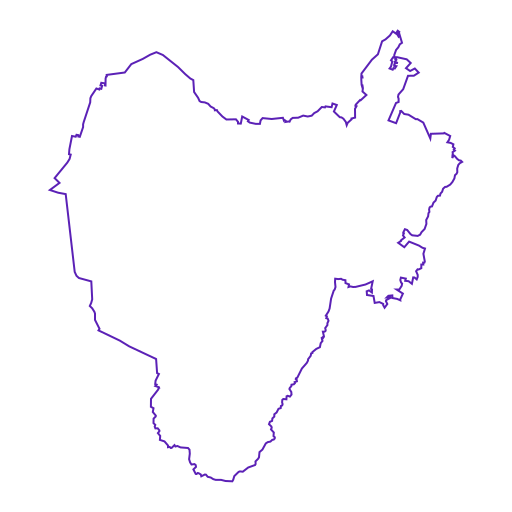 Tuchin, Córdoba, Colombia (Albers equal-area conic projection)
{"feature_id": "7082276B64022238164064", "entity_name": "Tuchin", "entity_type": "district", "adm_level": 2, "iso_a3": "COL", "parent_name": "Colombia", "parent_adm1": "Córdoba", "projection": "albers", "projection_center": [-75.529, 9.219], "detail": "fine", "context": "isolated", "style": "outline", "palette": "violet", "viewbox_px": 512, "rotation_deg": 0, "n_neighbors": 0, "source": "geoboundaries", "source_scale": "gbopen_adm2", "svg_char_len": 5994}
<svg xmlns="http://www.w3.org/2000/svg" viewBox="0 0 512 512"><path d="M180.5,447.4L188.0,448.0L189.5,449.7L189.8,453.7L189.1,459.2L190.1,462.4L191.5,464.5L194.5,464.1L195.7,465.1L196.0,466.9L193.4,469.4L195.7,473.9L196.6,474.0L197.7,473.0L198.6,473.2L200.8,474.5L201.3,476.3L204.9,474.5L206.0,474.7L207.7,476.8L210.7,477.5L213.2,479.1L215.8,479.9L221.2,479.9L225.5,481.0L232.3,481.3L233.2,479.8L234.3,476.1L238.6,471.9L239.9,471.4L242.8,471.7L248.2,467.5L255.1,465.0L255.6,464.0L255.5,461.4L258.1,458.8L259.0,457.3L259.5,452.1L262.4,449.6L265.8,443.4L267.8,442.1L270.4,441.6L272.3,439.8L273.7,439.6L274.7,438.5L274.8,437.3L273.5,436.1L273.8,432.5L271.0,429.4L271.7,427.8L271.4,426.5L269.0,424.2L269.9,421.8L272.1,420.9L272.4,418.4L274.3,416.6L274.3,414.3L276.6,412.5L278.5,408.8L280.7,408.1L280.9,406.0L282.2,405.4L282.6,404.1L282.1,402.4L282.3,399.9L283.3,399.0L286.4,399.3L286.6,396.3L287.7,395.8L289.9,396.6L291.5,394.6L291.3,392.0L289.4,389.0L289.8,387.9L291.3,386.2L291.5,384.7L293.8,384.3L294.9,383.2L294.6,382.1L296.9,381.3L296.6,379.4L295.8,379.1L295.9,378.4L297.4,377.5L301.9,368.5L306.8,362.9L308.0,360.6L308.1,359.2L310.7,355.8L311.1,353.5L312.4,353.0L312.4,352.1L316.3,348.9L319.9,347.2L320.7,343.2L322.5,340.9L322.0,339.5L322.9,338.2L321.9,338.4L321.7,338.0L323.9,336.2L322.9,331.7L324.5,331.7L325.4,331.1L325.7,330.1L325.2,328.1L327.4,325.1L327.4,323.2L328.5,320.8L327.7,318.6L326.3,318.2L326.9,316.4L325.8,315.7L328.5,311.5L329.6,308.5L331.1,298.6L333.7,290.7L334.7,289.5L335.5,287.0L335.0,282.1L335.2,278.7L338.3,279.1L341.1,278.8L342.5,279.7L345.4,280.2L345.5,283.1L349.0,284.4L348.5,287.0L350.4,286.4L353.1,287.0L355.6,286.9L365.5,284.5L372.7,281.3L371.1,288.9L372.0,289.4L371.9,292.5L369.0,290.4L366.7,291.3L367.0,295.0L373.5,296.0L374.7,302.9L379.4,302.1L383.2,303.9L383.2,305.2L384.6,307.7L387.3,304.0L385.9,301.1L386.2,300.1L390.5,297.8L390.0,296.8L388.2,297.8L387.9,297.3L386.8,297.4L388.4,295.8L392.3,295.4L392.4,298.0L397.1,298.9L400.3,300.3L400.2,299.5L402.9,293.6L396.6,289.5L399.3,289.5L401.7,285.8L402.1,283.5L401.1,282.6L400.3,280.0L400.9,277.6L405.8,278.6L405.2,280.8L408.6,281.2L411.9,283.8L413.2,277.4L414.5,277.5L416.7,279.4L417.7,276.9L417.7,274.9L416.1,271.2L417.6,269.3L418.6,269.5L421.3,268.2L421.3,264.5L423.3,264.5L423.1,262.6L424.4,262.6L424.8,261.5L423.4,253.8L425.0,248.5L422.5,247.8L419.0,245.6L409.1,241.6L404.3,247.2L398.2,242.8L401.0,241.0L400.9,240.4L404.6,237.5L403.0,235.4L403.9,233.3L403.2,232.9L403.4,232.2L404.9,229.2L407.2,230.0L410.5,234.1L412.2,235.3L417.7,235.9L420.1,234.7L421.5,232.2L424.6,229.0L426.4,223.9L426.2,220.0L428.1,216.4L428.5,213.1L429.4,211.9L429.1,209.5L429.6,207.5L430.4,206.7L432.0,206.4L433.5,202.6L435.6,200.6L436.8,197.0L437.9,195.8L440.0,195.6L440.5,193.5L442.1,191.8L443.1,188.7L445.1,186.9L446.6,186.8L450.2,184.6L452.4,182.0L454.4,178.4L455.0,175.2L456.6,173.7L457.3,172.2L457.2,168.5L458.3,164.9L459.8,163.2L462.1,161.9L460.8,160.6L459.0,160.3L457.2,158.9L454.8,156.1L453.7,155.4L452.3,158.0L452.5,155.0L452.9,154.8L452.6,152.1L454.9,150.6L453.8,149.6L454.7,148.4L452.8,146.9L453.4,144.3L450.6,142.9L447.4,142.3L449.1,139.7L450.2,136.0L444.3,132.9L443.8,133.4L430.9,133.8L430.3,138.5L423.3,122.6L417.4,119.1L415.8,119.2L408.5,114.7L404.2,114.0L401.2,110.9L400.2,111.1L400.3,112.3L396.1,123.2L388.5,120.4L396.0,103.0L398.6,102.0L398.6,98.7L398.0,96.9L398.5,94.5L403.2,89.2L408.0,75.8L413.9,75.7L418.7,72.6L414.8,68.5L410.1,71.0L406.0,68.2L410.7,63.0L406.7,59.3L397.1,57.2L395.2,57.2L396.2,58.0L395.4,59.3L396.3,59.9L394.9,61.7L397.8,63.0L394.9,63.0L394.1,65.0L394.9,65.4L394.6,66.0L396.3,66.2L394.8,68.5L393.5,68.1L392.7,69.7L389.6,68.5L391.0,66.6L392.3,61.5L391.0,60.3L393.1,57.3L394.2,57.6L394.3,54.9L396.1,49.9L398.3,47.3L399.8,44.3L402.0,42.8L399.5,34.4L399.1,35.0L399.4,36.2L398.7,36.8L397.2,34.3L399.2,31.9L398.0,30.9L397.7,30.7L396.7,32.3L397.2,32.6L396.3,33.8L392.7,31.3L389.9,35.5L385.5,39.4L382.1,41.3L377.9,54.3L371.9,59.7L361.5,73.5L361.3,76.4L362.3,76.3L362.5,77.5L361.3,77.6L361.3,79.7L361.6,84.8L361.9,85.8L362.3,84.5L362.9,88.2L362.5,91.5L366.4,95.0L360.6,100.3L360.1,100.0L355.7,104.7L355.4,105.8L356.5,106.2L355.0,108.8L355.1,117.6L351.5,118.5L351.6,119.3L347.7,122.8L346.7,125.2L345.8,121.9L343.4,118.7L341.5,117.4L339.8,117.2L333.9,111.5L336.8,105.0L332.5,103.5L331.6,107.2L325.5,106.4L325.0,107.4L321.8,107.0L317.6,111.3L314.2,113.1L311.7,115.7L307.7,116.5L303.2,115.6L298.2,117.7L292.7,117.9L290.7,119.4L289.2,122.4L289.2,121.4L285.9,121.9L286.3,121.3L284.8,120.2L284.0,120.8L282.9,117.8L271.7,119.0L262.6,118.1L260.6,120.4L259.9,123.9L255.9,123.9L249.8,122.6L247.9,121.3L248.7,120.0L242.2,116.5L240.8,123.6L238.0,123.5L238.0,121.8L235.9,119.3L226.4,119.5L222.4,116.5L217.5,111.4L216.9,110.1L214.9,110.3L214.9,109.6L213.8,108.2L210.6,106.5L208.2,103.8L204.8,102.4L201.2,102.0L199.6,101.1L198.1,97.8L194.1,92.0L193.3,80.1L190.3,78.5L185.2,74.1L178.0,67.0L162.9,55.0L156.4,52.2L150.2,54.7L142.8,58.9L131.3,64.1L124.8,72.5L106.7,74.9L106.8,76.4L106.1,76.6L105.6,78.5L105.5,85.5L104.9,85.4L105.2,83.4L101.3,82.8L100.5,85.4L102.1,85.8L101.3,88.8L99.6,88.4L99.3,89.5L96.4,88.5L91.3,96.0L90.4,98.2L90.2,102.4L83.7,122.1L83.1,124.3L83.1,127.1L79.8,136.8L78.3,136.5L78.2,135.1L76.5,134.8L75.7,136.7L72.0,136.0L69.4,149.2L69.0,154.2L70.7,154.6L69.6,158.9L67.3,162.6L54.6,178.1L59.5,182.9L49.9,190.0L58.1,192.7L65.7,194.1L74.7,271.9L76.5,275.8L78.9,278.0L91.3,281.4L92.2,299.3L91.2,302.9L89.8,306.0L92.2,308.3L94.4,311.8L95.0,313.6L95.0,319.9L99.5,328.8L98.5,330.4L119.8,340.6L129.1,346.3L156.1,359.0L157.1,373.1L158.9,374.0L155.6,380.6L155.2,384.1L156.5,384.6L155.3,386.0L158.9,387.2L159.1,387.8L158.6,387.9L158.3,389.4L151.0,398.8L150.9,406.8L153.5,408.2L152.8,412.0L155.8,415.6L155.7,416.5L153.6,418.6L153.5,423.1L155.3,424.9L154.7,426.6L155.4,428.4L157.7,428.3L159.4,430.4L159.4,431.2L157.9,433.1L160.2,435.9L159.9,439.9L164.5,441.4L168.0,445.5L168.0,447.2L169.6,446.9L170.8,448.0L171.6,447.9L174.5,445.1L175.4,446.5L177.4,446.0L180.5,447.4Z" fill="none" stroke="#5b21b6" stroke-width="2"/></svg>